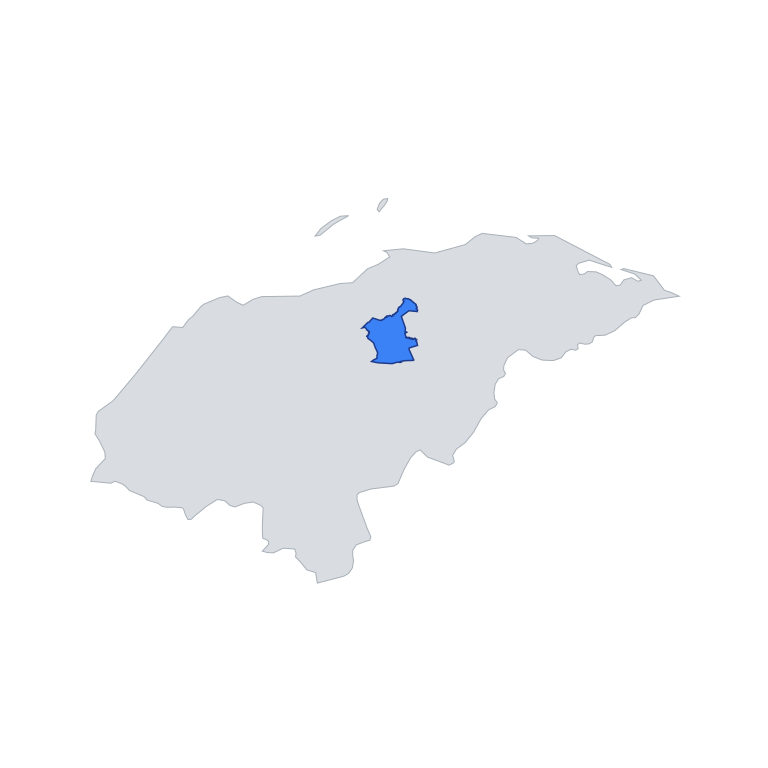 Gualaco, Olancho, Honduras shown in context, rotated 348°
{"feature_id": "27666195B37652459733493", "entity_name": "Gualaco", "entity_type": "district", "adm_level": 2, "iso_a3": "HND", "parent_name": "Honduras", "parent_adm1": "Olancho", "projection": "mercator", "projection_center": [-86.008, 15.224], "detail": "fine", "context": "in_parent", "style": "filled", "palette": "blue", "viewbox_px": 768, "rotation_deg": 348, "n_neighbors": 0, "source": "geoboundaries", "source_scale": "gbopen_adm2", "svg_char_len": 7099}
<svg xmlns="http://www.w3.org/2000/svg" viewBox="0 0 768 768"><g transform="rotate(348 384 384)"><path d="M691.0,359.5L665.5,358.0L653.5,361.1L648.2,368.3L643.7,371.4L639.9,370.7L632.3,373.5L620.8,379.8L610.4,382.2L601.1,380.7L598.5,382.2L597.7,384.3L596.3,386.3L592.7,387.4L588.6,386.8L584.0,384.6L581.5,385.6L581.3,389.7L578.8,390.8L574.0,388.9L568.7,390.3L562.8,395.3L554.4,396.3L543.7,393.5L535.4,388.1L529.6,380.3L522.5,378.3L510.2,384.1L505.0,391.0L503.9,395.2L505.1,398.9L502.8,401.5L497.1,402.7L492.7,407.4L489.7,415.4L489.1,421.6L490.9,426.0L488.1,429.2L480.6,431.2L471.7,438.2L461.5,449.9L451.3,458.1L441.2,462.8L436.3,468.0L436.7,473.6L436.1,475.4L434.1,476.1L430.8,476.9L411.3,464.5L405.7,455.9L400.9,457.2L394.8,461.6L386.2,471.3L376.9,484.4L372.4,485.9L349.3,484.0L337.1,485.1L334.6,486.9L333.5,491.7L334.2,498.2L337.5,521.4L339.4,530.9L337.6,533.9L331.3,534.3L323.3,535.7L318.9,540.1L317.8,544.6L317.4,550.8L314.8,557.3L309.9,562.0L304.9,563.6L277.4,564.9L277.9,554.2L269.9,549.8L265.4,540.9L261.5,534.8L262.8,531.2L262.4,526.9L251.2,523.6L240.7,526.2L234.6,524.5L230.2,522.2L237.8,516.9L238.4,513.7L235.9,511.3L233.4,509.8L234.2,503.8L235.7,496.7L240.0,480.1L238.4,477.2L231.4,472.2L222.5,471.7L212.7,473.3L208.0,470.7L203.9,465.0L196.9,462.3L184.5,466.9L171.4,473.7L167.4,476.2L164.1,475.9L162.6,470.7L161.9,464.7L161.1,463.2L154.1,461.0L145.9,459.4L141.8,457.7L137.9,453.6L128.1,448.3L125.9,444.3L112.8,435.2L110.2,430.7L107.2,427.4L100.9,423.2L96.0,424.2L79.5,419.0L77.0,418.5L79.3,414.0L84.5,406.9L95.9,399.0L96.8,392.7L93.8,380.4L90.9,372.5L92.5,369.0L96.0,354.7L98.8,351.4L115.2,344.2L116.7,343.2L129.7,333.1L144.1,321.8L159.0,309.4L175.7,295.6L185.0,287.5L189.2,284.0L198.8,286.9L206.4,280.3L210.8,278.1L221.0,270.2L224.2,268.5L241.3,265.3L249.6,265.4L256.8,273.3L262.6,277.7L273.4,274.0L282.5,273.1L320.0,280.5L334.8,277.3L362.2,276.6L374.4,278.4L391.8,267.9L403.0,265.8L416.0,260.9L414.3,255.9L411.2,253.6L431.1,255.8L460.8,266.4L492.5,264.5L503.9,258.8L511.3,257.1L543.7,268.1L552.3,276.5L558.9,277.3L564.1,275.4L565.5,273.6L559.1,271.8L556.2,269.2L581.8,274.3L629.9,314.0L630.9,317.2L610.3,305.5L599.5,306.4L596.6,308.3L597.2,314.7L598.2,317.7L602.9,318.0L606.3,316.3L614.8,318.4L620.5,322.6L627.3,329.1L631.4,336.2L635.8,336.3L640.1,332.1L648.3,331.5L653.6,336.3L657.3,336.0L652.1,328.6L639.7,321.3L642.6,321.0L670.1,334.2L677.8,350.7L684.3,354.5L691.0,359.5ZM368.2,217.1L352.3,225.2L347.3,225.0L354.6,218.8L366.4,213.4L376.3,210.8L384.4,212.0L368.2,217.1ZM422.5,208.5L415.0,214.5L413.6,211.8L417.2,206.3L421.8,203.1L426.2,203.4L425.1,205.8L422.5,208.5Z" fill="#d9dde1" stroke="#a8b0b8" stroke-width="1"/><path d="M386.7,317.1L382.1,320.5L381.0,320.4L374.4,324.6L377.2,324.6L377.3,324.9L377.8,325.6L378.0,325.9L378.2,326.3L378.2,326.6L378.4,327.2L378.3,327.4L378.5,327.6L378.8,327.8L379.1,327.9L379.2,328.2L379.4,328.4L379.4,328.7L379.5,328.8L379.6,329.1L379.8,329.1L379.9,329.3L380.2,329.3L380.3,329.5L380.2,329.6L380.2,329.8L380.0,330.1L380.3,330.2L380.4,330.3L380.4,330.5L380.3,330.8L380.1,330.9L379.9,330.9L379.9,331.2L379.8,331.4L379.8,331.6L379.7,331.7L379.4,332.0L379.1,332.0L379.2,332.3L378.9,332.5L378.7,332.8L378.7,333.1L378.6,333.3L378.4,333.4L377.8,333.3L377.4,333.5L377.0,333.6L377.0,333.8L377.3,334.0L377.5,334.2L377.7,334.7L377.7,335.0L377.9,335.3L377.8,335.8L377.8,336.0L378.0,336.1L378.1,336.3L378.1,336.5L378.5,336.8L380.8,339.5L382.4,341.7L383.0,346.5L384.1,351.0L384.1,352.9L383.0,354.8L382.5,357.4L379.1,358.2L377.7,358.8L376.5,359.4L380.3,361.1L382.6,362.0L385.0,362.7L395.6,365.6L396.0,365.8L401.5,365.4L404.4,366.3L405.3,366.2L404.9,365.5L406.0,365.4L409.7,365.6L410.3,365.7L417.6,367.0L418.1,366.7L415.7,355.5L416.1,354.0L424.8,353.2L424.7,349.0L424.4,348.9L424.3,348.7L424.2,348.6L424.2,348.4L424.4,348.5L424.4,348.4L424.4,348.2L424.5,348.0L424.6,347.9L424.7,348.0L424.8,347.9L424.7,347.9L424.7,347.7L424.5,347.2L424.5,346.9L424.4,346.6L424.5,346.4L424.3,346.2L424.2,346.1L424.1,346.3L423.9,346.4L423.8,346.2L423.7,346.0L423.6,345.9L423.4,345.8L423.4,345.6L423.2,345.6L422.9,345.8L422.7,346.0L422.4,346.0L422.3,346.3L422.2,346.4L421.8,346.3L421.8,346.1L421.7,346.0L421.3,346.0L421.2,345.8L421.1,346.1L420.8,346.0L420.7,345.8L420.4,345.6L420.2,345.7L420.2,345.8L420.0,345.7L420.3,345.4L420.4,345.2L420.2,345.2L420.0,344.7L419.8,344.6L419.7,344.6L419.6,344.8L419.4,344.7L419.2,344.7L419.1,344.9L418.9,344.9L418.9,344.7L418.8,344.4L418.7,344.2L418.6,344.3L418.6,344.5L418.3,344.7L418.0,344.7L417.9,344.6L418.0,344.3L418.0,344.2L418.1,343.9L418.0,343.7L417.9,343.8L417.6,344.0L417.3,343.9L417.1,344.1L416.9,344.1L416.7,344.0L416.8,343.9L416.5,343.7L416.4,343.3L416.1,343.4L415.8,343.2L415.7,343.2L415.5,343.3L415.3,343.3L415.1,343.3L415.0,343.2L415.2,342.9L415.3,342.7L415.5,342.5L415.3,342.2L415.2,342.0L414.9,338.9L417.1,338.1L416.8,337.8L416.6,337.7L415.5,337.4L416.6,333.8L415.0,321.4L423.6,317.5L431.5,320.0L431.5,319.9L431.5,319.7L432.0,319.1L432.2,318.8L432.1,318.7L432.1,318.2L432.1,317.9L432.0,317.7L431.4,317.3L431.2,317.2L431.2,316.9L431.5,316.7L431.9,316.4L432.2,316.1L432.3,316.0L432.3,315.6L432.3,315.4L432.1,315.2L432.1,314.9L431.9,314.5L431.6,314.1L431.5,313.9L431.7,313.7L431.9,313.5L431.9,312.9L427.6,307.5L427.6,307.4L427.4,307.1L427.2,307.0L427.0,306.9L426.9,306.9L426.5,306.7L426.4,306.5L426.2,306.2L426.2,305.8L426.2,305.7L426.1,305.9L425.0,305.6L424.3,305.5L424.2,305.3L423.7,305.2L423.2,305.2L423.0,304.7L422.9,304.6L422.6,304.6L421.7,304.6L421.0,304.7L420.4,305.2L420.3,305.3L420.2,305.5L420.0,306.0L420.2,306.3L420.4,306.4L420.3,306.7L420.2,307.1L420.4,307.2L420.5,307.3L420.7,307.5L420.2,308.1L419.7,308.5L419.1,309.1L418.7,309.4L418.3,309.9L418.1,310.0L417.8,310.2L417.6,310.5L417.3,310.6L417.1,310.8L416.9,311.0L416.6,311.4L416.4,311.5L416.2,311.7L415.9,311.8L415.4,311.7L414.9,311.8L414.6,312.2L414.5,312.4L414.0,312.7L413.8,312.8L413.7,313.3L413.6,313.5L413.3,313.6L413.2,313.7L413.0,313.9L412.9,314.1L412.9,314.4L412.8,315.0L412.9,315.5L412.7,315.8L412.4,315.7L412.2,315.8L411.9,315.8L411.8,316.2L411.7,316.4L411.6,316.5L411.2,316.6L410.7,316.6L410.4,316.6L410.2,316.8L410.1,317.2L410.0,317.4L409.9,317.4L409.7,317.5L409.3,317.5L409.1,317.4L408.8,317.6L408.7,317.7L408.7,317.8L408.8,318.0L408.6,318.1L408.4,318.2L408.3,318.3L408.1,318.2L407.8,318.1L407.6,317.9L407.4,317.9L407.2,318.1L406.8,318.2L406.7,318.3L406.7,318.5L406.8,318.8L406.8,319.2L406.8,319.3L406.7,319.3L406.5,319.2L406.4,319.2L406.2,319.2L405.9,319.4L405.8,319.5L405.3,319.5L405.2,319.3L405.1,319.0L405.0,318.8L404.8,318.7L404.5,318.4L404.4,318.4L403.9,318.2L403.4,318.3L403.3,318.2L403.1,318.2L402.9,318.5L402.6,318.5L402.4,318.4L402.2,318.4L401.9,318.3L401.6,318.3L401.1,318.1L400.9,318.0L400.6,318.4L400.5,318.8L400.5,319.2L400.5,319.4L400.4,319.4L399.9,319.1L399.6,318.9L399.4,318.8L399.2,318.9L399.0,319.2L398.7,319.3L398.5,319.6L398.3,319.9L398.1,320.1L397.8,320.2L397.7,320.3L397.3,320.5L397.1,320.6L396.9,320.7L396.7,320.7L396.4,320.5L395.9,320.5L395.7,320.8L395.5,321.0L395.3,321.0L395.2,321.1L394.9,321.2L394.6,321.1L394.4,321.0L394.2,321.0L393.9,320.8L393.4,321.0L386.7,317.1Z" fill="#3b82f6" stroke="#1e3a8a" stroke-width="1.5"/></g></svg>